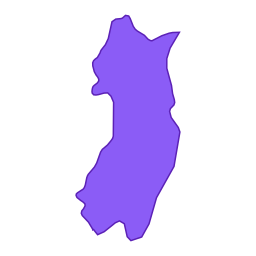 map outline of Armavir (Equal Earth projection), rotated 270°
{"feature_id": "ARM-1554", "entity_name": "Armavir", "entity_type": "Province", "adm_level": 1, "iso_a3": "ARM", "parent_name": "Armenia", "parent_adm1": "", "projection": "equal_earth", "projection_center": [44.079, 40.147], "detail": "fine", "context": "isolated", "style": "filled", "palette": "violet", "viewbox_px": 256, "rotation_deg": 270, "n_neighbors": 0, "source": "natural_earth", "source_scale": "10m", "svg_char_len": 1326}
<svg xmlns="http://www.w3.org/2000/svg" viewBox="0 0 256 256"><g transform="rotate(270 128 128)"><path d="M19.0,141.7L15.4,130.9L19.3,127.2L32.3,124.3L35.1,119.5L33.2,115.3L24.3,104.2L21.3,97.6L26.5,93.5L26.2,92.8L26.6,92.8L33.8,88.5L40.4,82.3L42.7,81.3L45.1,81.8L47.2,83.5L50.2,85.1L52.2,84.9L54.0,83.0L55.7,80.5L58.5,77.0L60.5,76.1L62.0,76.3L63.3,77.6L66.9,83.2L68.4,84.3L71.0,85.3L78.4,86.8L80.5,87.6L81.7,88.3L88.9,94.4L93.0,96.7L103.9,100.6L106.6,102.3L111.0,107.5L115.4,111.1L117.6,112.6L119.8,113.3L153.7,113.6L159.8,111.0L163.1,107.7L162.9,104.0L161.4,98.5L161.0,95.9L161.2,93.7L162.9,92.2L164.6,92.0L166.4,92.2L168.0,92.5L169.5,93.1L170.6,94.2L173.0,97.3L175.0,98.7L176.9,98.7L178.6,97.9L181.0,96.1L184.3,94.3L190.1,92.8L193.2,92.7L195.3,93.6L196.9,95.2L198.5,97.4L203.2,100.1L204.8,100.6L206.1,101.3L211.3,105.4L217.5,108.3L234.3,112.0L236.9,115.8L237.4,120.8L237.8,122.3L240.6,125.5L240.0,128.7L237.4,130.2L229.6,133.3L226.9,135.1L225.0,137.3L220.7,144.4L216.9,147.9L215.5,150.2L215.2,151.9L220.3,161.9L222.8,169.1L223.5,172.8L223.7,179.1L223.7,179.4L207.9,170.1L197.4,166.8L187.7,166.8L170.5,171.5L162.3,172.6L156.4,174.3L153.5,174.7L151.0,173.9L147.4,170.4L144.6,169.6L138.5,171.2L128.5,178.3L124.0,179.9L89.6,174.0L58.3,156.5L32.1,149.0L19.0,141.7Z" fill="#8b5cf6" stroke="#5b21b6" stroke-width="1.5"/></g></svg>